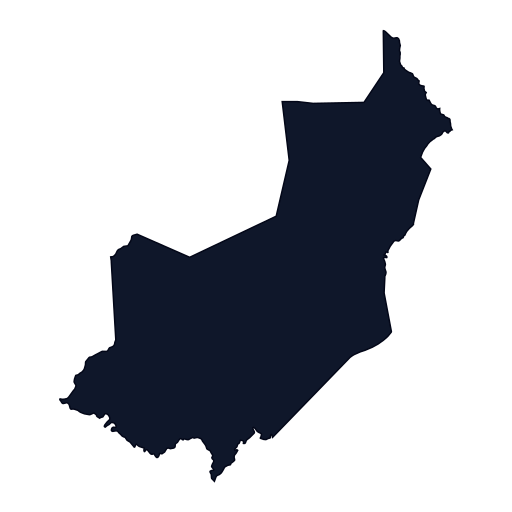 outline of Salama, Olancho, Honduras
{"feature_id": "27666195B49586797079584", "entity_name": "Salama", "entity_type": "district", "adm_level": 2, "iso_a3": "HND", "parent_name": "Honduras", "parent_adm1": "Olancho", "projection": "robinson", "projection_center": [-86.647, 14.837], "detail": "fine", "context": "isolated", "style": "filled", "palette": "ink", "viewbox_px": 512, "rotation_deg": 0, "n_neighbors": 0, "source": "geoboundaries", "source_scale": "gbopen_adm2", "svg_char_len": 6009}
<svg xmlns="http://www.w3.org/2000/svg" viewBox="0 0 512 512"><path d="M270.4,437.7L270.3,436.7L270.5,435.6L270.9,434.5L271.3,434.4L271.8,434.7L272.6,437.3L350.1,357.3L352.6,355.5L354.3,354.5L360.4,351.8L365.0,350.3L372.3,347.2L378.1,344.0L383.3,340.3L386.7,337.4L388.1,336.0L391.2,332.2L391.4,331.6L384.1,292.9L384.8,278.5L384.8,276.5L385.8,273.9L386.0,272.1L385.7,271.1L385.0,269.0L384.7,267.3L385.4,264.7L385.3,263.7L384.7,261.4L383.6,258.8L383.4,257.7L383.5,257.6L385.5,257.4L386.7,257.6L386.9,257.3L386.8,256.6L386.3,255.9L384.1,254.9L384.5,254.5L385.1,254.1L385.9,252.0L386.4,251.9L387.6,252.5L387.9,252.4L388.0,252.2L387.8,251.2L387.9,250.6L389.3,248.0L390.1,246.4L393.8,241.3L394.6,240.8L395.7,240.5L398.3,241.0L398.9,240.9L400.0,240.0L401.7,238.2L402.8,237.9L403.4,237.0L403.9,235.5L404.8,235.2L405.8,233.0L406.8,231.3L409.3,228.4L412.5,225.6L413.5,224.3L413.4,223.5L418.7,199.9L430.8,169.0L420.6,157.4L422.5,152.2L424.6,148.4L426.7,145.8L427.9,143.9L430.1,141.5L431.4,140.6L433.4,139.0L434.3,138.6L435.3,137.6L436.5,136.7L439.5,135.8L441.5,134.4L442.3,133.2L442.5,132.3L443.2,131.9L444.7,130.7L445.1,130.7L445.7,131.1L447.2,132.7L448.1,133.0L448.6,132.7L449.1,131.5L450.0,131.2L450.3,130.7L450.9,130.2L452.2,129.8L451.7,129.0L450.7,126.1L450.5,123.4L450.1,121.8L450.0,119.8L449.7,119.1L448.9,118.5L448.0,118.5L447.8,118.1L446.8,117.5L446.0,117.3L445.2,116.9L444.6,116.4L443.7,114.9L440.7,114.0L440.2,112.9L439.8,111.4L439.6,109.8L439.7,108.5L437.9,109.0L436.7,108.4L436.2,107.9L435.6,106.5L435.2,106.0L434.6,105.6L432.4,105.0L431.4,104.3L430.6,103.1L429.1,100.2L428.7,100.1L428.4,100.4L427.9,100.5L427.1,100.0L426.5,99.4L426.1,98.6L425.2,94.8L425.4,94.1L426.2,92.5L424.6,91.3L423.9,88.4L424.1,86.5L424.0,86.2L423.6,86.0L422.8,86.0L421.9,85.7L420.6,85.5L419.2,84.5L418.9,84.0L418.8,82.7L419.1,81.2L419.1,80.9L418.1,80.2L417.4,79.1L416.8,78.5L415.7,77.9L414.6,77.4L413.9,76.9L413.3,75.9L412.7,74.2L412.3,73.7L410.4,72.8L408.8,72.3L405.6,70.2L404.3,69.1L404.0,68.0L403.0,67.8L402.4,67.4L401.9,66.1L400.6,64.8L400.2,63.5L399.8,62.3L399.5,61.2L399.9,58.1L399.9,55.9L400.2,54.1L400.1,52.1L399.6,51.3L399.5,50.4L399.7,48.2L400.3,45.4L400.0,44.5L399.5,42.4L399.4,40.7L398.6,38.8L397.8,38.1L397.0,37.7L396.1,37.8L393.8,38.2L392.9,38.1L392.1,37.7L391.1,37.1L385.9,32.1L384.5,31.0L383.4,30.7L383.3,31.0L383.8,72.7L364.0,102.4L313.1,103.4L297.3,101.6L282.2,101.6L289.2,160.4L276.2,216.2L189.7,257.3L137.1,234.2L133.3,235.3L132.5,235.7L132.0,236.2L131.8,236.5L131.5,238.6L131.1,240.2L127.9,245.8L123.7,246.4L120.8,248.6L118.4,249.6L117.2,251.0L115.8,254.0L114.3,255.7L113.0,256.6L110.7,256.9L111.3,260.9L111.3,262.0L115.8,339.9L114.9,342.2L114.5,344.4L113.7,345.8L112.9,346.4L111.5,347.1L109.7,347.7L109.1,348.3L107.7,350.8L107.0,351.3L105.3,351.4L102.6,351.3L101.8,351.5L97.3,353.9L95.5,354.8L92.2,356.7L91.2,357.0L89.6,357.2L89.0,357.6L85.7,361.7L85.5,362.9L85.5,364.3L85.2,365.8L84.3,368.9L83.6,370.2L82.0,372.0L79.7,373.4L78.3,374.7L75.8,375.4L75.6,375.8L74.5,379.0L74.1,381.5L74.3,382.5L75.8,385.0L76.0,386.0L74.6,389.4L73.7,390.2L68.7,397.1L67.5,398.3L66.9,398.6L64.2,399.2L62.3,399.3L60.1,398.9L59.9,399.0L59.8,399.3L60.0,400.0L60.9,401.1L61.8,402.7L62.6,403.4L63.5,403.5L66.8,402.7L67.3,402.8L68.1,403.4L69.1,404.4L70.1,408.0L70.4,408.6L70.9,409.1L71.5,409.2L72.7,409.0L74.1,409.1L76.8,410.0L78.1,410.5L79.4,411.6L80.8,412.4L84.4,413.8L89.4,414.7L90.1,414.6L93.5,413.1L93.9,413.0L96.4,414.8L96.6,415.9L97.3,416.7L99.7,418.2L100.0,417.9L100.7,417.5L102.8,416.9L104.9,413.8L106.0,413.7L107.4,414.2L108.3,415.0L109.2,416.4L109.8,417.9L109.8,418.9L109.6,419.5L109.2,420.0L107.2,421.9L104.9,424.8L104.3,426.1L104.4,426.5L104.7,426.9L105.3,427.1L106.8,425.8L109.2,424.4L111.0,422.6L112.3,422.5L114.2,423.0L114.7,423.5L115.7,424.9L116.1,426.0L116.1,426.8L115.6,427.4L113.3,427.2L112.3,427.7L111.7,428.6L111.4,429.7L111.4,430.5L111.8,431.0L112.4,431.3L113.1,431.3L116.0,430.8L117.6,431.1L119.1,433.0L120.5,434.2L122.1,436.0L123.5,436.8L125.1,437.3L127.1,440.3L130.1,442.1L134.2,447.1L134.5,447.1L134.8,446.9L135.8,444.5L136.1,444.2L136.5,444.2L138.4,445.9L139.4,446.5L144.3,448.1L143.9,449.9L144.0,450.9L144.4,451.6L144.6,451.6L146.1,449.8L146.6,449.6L147.2,449.7L147.6,450.1L150.1,453.3L150.9,454.0L152.0,454.3L153.2,453.9L154.0,453.9L155.6,456.4L156.3,457.2L156.8,457.5L157.7,457.4L158.6,456.3L159.2,454.9L159.3,453.9L159.6,453.5L162.0,453.8L164.6,452.0L166.4,449.0L167.0,448.3L168.5,448.0L170.3,448.7L173.5,448.1L174.5,447.6L174.9,447.1L175.1,446.5L175.3,444.1L176.2,443.2L177.4,442.4L178.9,440.0L179.6,439.2L180.3,438.7L180.8,438.6L181.5,438.8L182.3,439.6L182.8,439.8L183.3,439.8L183.6,439.1L184.1,438.9L185.3,439.1L186.9,439.6L188.1,439.7L188.8,439.5L189.7,438.9L192.7,437.4L193.5,437.9L194.3,438.1L196.3,437.6L197.8,437.5L200.8,438.6L201.7,439.4L202.5,441.1L205.2,444.7L206.0,446.2L206.8,448.7L207.3,449.2L210.2,450.8L211.1,452.7L212.7,455.2L212.5,456.3L212.4,456.8L211.9,457.3L211.9,457.9L212.2,458.7L213.7,460.1L213.7,461.0L213.6,461.9L212.4,464.1L211.6,466.3L211.9,467.1L213.6,469.2L213.9,469.8L213.4,470.3L211.6,470.5L210.5,471.0L210.1,471.3L210.0,471.8L210.3,472.6L211.0,473.8L211.3,474.7L211.5,477.7L211.7,478.5L214.4,481.3L215.9,477.1L216.5,476.1L217.1,475.5L219.4,474.5L221.0,473.2L221.9,472.0L223.4,469.5L224.2,467.9L224.9,466.9L227.8,465.3L230.3,464.8L230.6,464.5L230.6,463.8L231.1,463.2L233.6,461.3L234.6,460.2L234.6,459.4L234.1,457.3L234.3,455.7L234.8,454.7L235.8,453.6L236.5,452.5L237.7,450.3L237.2,449.9L236.6,449.8L234.8,450.3L234.6,449.9L234.6,449.4L234.8,448.9L236.9,446.8L237.8,444.0L238.7,443.6L239.3,443.0L240.3,440.2L240.7,440.1L243.0,440.8L243.6,441.7L243.4,443.4L243.9,443.5L244.8,443.4L245.4,442.8L246.1,440.9L246.7,439.9L249.6,437.7L254.1,433.2L254.4,432.5L254.3,431.7L252.8,428.7L252.8,428.0L253.2,427.5L253.6,427.4L255.1,428.4L257.0,431.1L257.7,431.7L258.8,432.4L260.7,433.3L261.2,433.6L261.4,434.3L261.3,435.4L260.8,437.2L260.3,438.0L260.4,438.3L263.7,439.4L265.7,439.6L266.2,439.5L267.9,438.6L269.6,438.1L270.4,437.7Z" fill="#0f172a" stroke="#020617" stroke-width="1.5"/></svg>